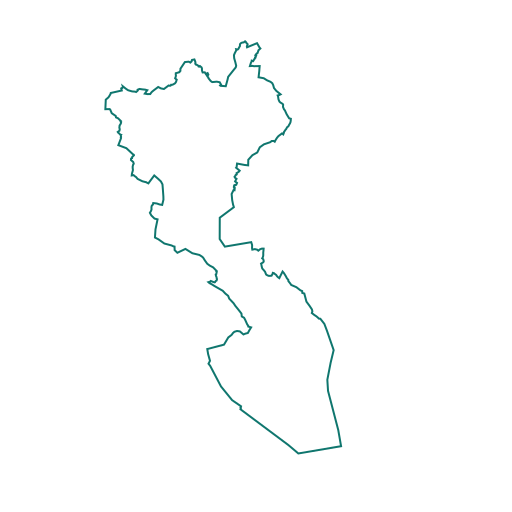 Idemili South, Anambra, Nigeria, rotated 247°
{"feature_id": "59680162B38736391522213", "entity_name": "Idemili South", "entity_type": "district", "adm_level": 2, "iso_a3": "NGA", "parent_name": "Nigeria", "parent_adm1": "Anambra", "projection": "orthographic", "projection_center": [6.922, 6.058], "detail": "fine", "context": "isolated", "style": "outline", "palette": "teal", "viewbox_px": 512, "rotation_deg": 247, "n_neighbors": 0, "source": "geoboundaries", "source_scale": "gbopen_adm2", "svg_char_len": 6138}
<svg xmlns="http://www.w3.org/2000/svg" viewBox="0 0 512 512"><g transform="rotate(247 256 256)"><path d="M454.1,318.5L453.5,318.4L452.8,317.9L450.9,315.6L449.5,314.2L446.6,313.2L442.5,312.7L438.9,312.1L437.5,311.0L436.4,308.9L431.8,300.4L429.7,298.9L424.1,294.5L426.5,289.9L427.0,289.6L427.5,290.8L428.1,290.7L430.1,290.5L431.8,288.0L433.1,283.9L433.6,283.3L435.0,282.6L438.3,281.7L439.0,281.9L440.0,281.5L441.3,281.3L441.2,282.5L441.6,283.0L443.3,282.9L443.3,280.9L445.1,280.6L445.8,278.6L447.3,278.7L448.4,278.9L449.3,279.4L450.8,279.6L452.8,278.6L452.8,278.3L452.5,277.6L452.9,277.2L453.6,277.3L455.4,276.0L455.5,275.6L456.7,275.2L458.1,276.0L458.7,276.0L459.7,276.1L461.0,276.1L461.4,274.1L461.5,273.7L460.8,273.0L460.3,272.8L459.7,271.1L460.5,270.6L461.2,269.9L462.3,266.3L457.9,259.6L455.9,258.7L455.6,257.7L455.1,257.3L455.6,253.6L454.6,253.1L453.4,252.8L452.3,252.1L451.2,251.0L450.4,251.3L449.3,251.9L447.5,250.4L446.6,249.0L446.4,247.6L446.3,246.6L446.4,245.4L446.8,244.8L446.2,243.9L446.3,243.3L447.1,242.2L445.7,236.5L447.4,234.0L449.8,232.0L448.4,226.4L447.8,224.4L447.4,223.5L446.4,221.9L447.4,219.4L448.9,217.1L451.1,220.7L452.5,218.9L453.9,216.3L454.6,215.2L455.3,214.0L455.3,212.1L454.8,212.1L454.3,211.4L453.8,209.7L454.4,209.1L454.7,208.6L455.9,206.3L457.1,204.8L458.6,203.0L459.5,202.4L461.3,201.3L464.3,199.7L463.5,199.6L463.2,199.5L463.1,198.5L462.9,198.4L462.9,197.4L460.8,197.1L462.8,186.0L461.9,185.3L460.5,183.4L459.7,182.2L458.6,178.8L450.0,174.7L448.4,178.7L447.7,179.0L443.8,179.0L439.7,181.6L438.3,181.3L436.7,182.8L432.9,184.4L432.7,183.9L431.4,183.9L430.5,183.0L429.4,181.4L427.4,180.3L426.3,180.2L425.9,180.1L425.4,179.7L424.7,179.3L424.2,177.2L423.5,177.3L422.3,177.9L420.8,178.5L420.3,179.1L420.0,178.6L419.5,178.6L418.8,178.5L418.1,177.9L417.6,178.0L417.1,177.7L411.8,172.6L405.9,178.8L397.4,182.6L397.2,182.9L396.7,183.1L396.4,183.0L396.2,182.5L395.8,181.4L395.6,180.8L394.6,180.2L394.7,179.9L394.5,179.1L393.8,178.7L393.2,178.4L391.1,179.4L390.6,179.7L390.3,179.7L388.7,179.5L388.5,179.2L388.0,178.5L386.5,177.4L385.0,176.8L383.8,176.5L382.9,176.1L380.3,174.0L378.7,173.1L378.3,174.9L377.0,175.5L375.4,176.5L373.3,177.1L372.0,178.2L369.2,180.6L367.2,183.2L367.1,183.5L366.9,183.6L364.9,185.3L366.4,187.8L369.9,193.8L365.2,196.1L361.8,197.6L358.5,197.9L353.7,196.3L347.0,194.0L344.0,192.8L339.7,189.6L341.1,187.4L343.1,185.2L344.9,182.1L343.6,181.2L343.1,179.8L341.9,178.9L339.5,177.9L338.2,176.6L337.2,175.2L334.2,175.5L330.1,177.2L328.2,179.7L319.8,173.9L312.5,170.2L309.5,172.7L303.3,176.5L298.7,182.4L297.2,183.7L296.5,184.7L293.2,183.4L289.7,184.9L290.1,193.8L283.4,198.5L279.1,204.3L276.8,205.9L275.2,206.7L271.9,207.2L267.9,208.1L265.2,209.7L262.3,212.1L257.6,213.9L257.4,213.5L256.8,213.7L254.8,212.3L254.7,211.7L253.4,211.4L251.9,211.4L250.5,211.0L250.0,211.1L249.6,210.8L248.8,210.1L248.7,209.1L247.9,208.0L248.0,207.4L248.8,206.5L250.7,204.6L250.3,203.7L250.5,202.0L249.2,202.6L247.0,204.4L244.8,205.9L237.0,211.8L233.4,213.1L230.2,214.8L227.2,214.7L221.3,216.9L218.1,217.5L214.0,218.7L208.7,220.1L205.9,219.3L203.8,220.9L201.3,221.1L196.2,221.2L195.1,221.6L194.1,221.3L192.2,223.6L190.5,221.2L188.3,218.4L188.7,215.8L188.7,213.8L190.1,213.1L192.9,211.7L194.4,209.2L194.7,206.5L194.1,204.7L192.9,202.7L192.2,200.0L191.9,198.7L186.9,191.9L189.4,174.8L184.4,173.6L177.5,172.7L175.4,170.2L172.8,170.9L149.6,172.8L132.6,177.7L123.5,183.5L122.5,182.5L121.9,182.7L121.0,181.8L69.2,212.0L57.7,217.8L47.7,260.0L63.6,263.7L103.7,269.6L114.2,273.3L128.6,283.0L139.0,290.7L159.3,292.1L166.8,292.4L173.1,290.7L173.8,289.4L175.1,288.9L176.9,288.0L179.0,286.6L181.7,285.1L183.1,286.3L185.0,286.6L189.3,285.8L194.3,284.6L202.6,285.8L203.9,284.2L205.7,284.8L207.0,283.5L211.5,281.0L215.6,277.1L217.3,276.8L220.2,276.0L221.5,276.4L222.2,276.1L223.7,275.7L225.5,275.6L228.2,275.2L229.4,275.0L231.3,274.4L228.6,271.2L226.5,268.8L227.8,268.0L228.7,267.6L229.8,267.3L230.7,267.2L232.6,266.0L233.1,265.9L233.9,264.9L233.1,264.3L231.8,262.6L232.4,260.7L232.8,259.9L233.5,259.2L234.2,258.6L235.0,258.1L236.3,258.1L237.9,258.2L240.0,257.6L241.6,257.0L242.4,256.9L244.3,257.2L246.6,257.7L247.0,257.7L247.4,260.3L248.2,261.1L249.3,261.3L250.2,261.4L251.1,261.0L251.4,260.8L252.6,262.2L253.9,263.0L256.3,264.0L257.9,264.9L259.8,265.9L260.5,264.3L260.6,262.3L260.0,260.2L261.4,259.5L262.8,257.6L263.3,255.1L264.7,255.4L267.6,256.7L270.6,257.0L276.8,231.0L285.8,229.2L305.4,237.6L309.6,254.7L312.4,255.0L316.7,255.9L322.6,257.8L325.4,261.0L324.9,261.9L326.5,262.8L326.7,262.5L327.3,263.0L327.9,262.6L328.4,263.1L328.7,262.9L329.4,263.4L329.7,263.8L329.5,264.5L329.2,265.2L329.4,265.8L330.7,267.1L332.8,265.9L334.0,267.3L334.6,268.2L336.4,267.2L337.3,267.2L338.0,268.5L338.5,268.9L338.5,269.8L338.7,270.2L339.3,270.3L339.9,270.5L340.0,271.6L340.3,273.2L340.9,274.3L345.0,272.2L345.3,272.8L348.5,274.7L344.3,281.0L342.5,284.2L347.6,286.5L350.2,292.1L350.8,297.6L354.6,302.0L355.7,307.0L355.2,313.4L355.7,315.4L355.0,317.2L353.9,317.9L355.3,319.6L356.7,321.7L357.6,323.5L358.7,327.9L357.3,328.6L358.5,329.8L359.3,330.3L360.3,332.0L360.8,332.6L361.0,333.3L361.7,334.1L362.4,335.0L362.7,336.4L363.8,337.7L364.8,339.1L365.7,340.0L366.9,340.8L368.7,341.7L369.8,340.3L374.6,339.6L378.8,339.5L380.0,339.1L382.7,339.1L384.7,340.1L385.5,340.0L386.4,339.4L387.8,338.4L389.0,337.9L390.4,337.9L391.3,337.9L392.2,338.1L394.4,338.7L395.3,338.7L395.1,340.4L395.2,341.8L400.1,339.2L403.6,338.2L406.6,338.6L408.7,338.5L410.7,337.4L413.4,334.8L416.6,332.6L419.5,328.2L425.2,331.4L426.8,332.2L429.4,333.6L430.8,330.1L431.5,328.3L432.4,327.0L432.9,325.4L433.2,324.6L435.8,326.8L436.7,327.9L437.5,328.4L436.5,329.5L437.5,330.9L438.0,331.5L438.1,332.0L439.0,332.6L438.8,333.0L440.0,334.0L440.5,334.5L441.0,333.9L441.4,334.3L442.2,336.0L442.2,336.7L443.4,337.8L444.4,338.6L445.3,341.1L446.6,340.7L451.5,340.1L451.6,331.1L451.6,329.3L452.3,329.4L453.0,329.9L454.1,331.0L454.6,331.0L455.9,330.4L456.2,330.3L457.0,330.3L457.9,329.8L457.4,328.2L457.8,326.9L457.9,325.8L457.6,324.7L457.2,324.0L456.4,323.6L455.6,323.3L454.7,322.1L453.6,320.8L453.3,320.1L453.2,319.7L453.7,319.1L454.1,318.5Z" fill="none" stroke="#0f766e" stroke-width="2"/></g></svg>